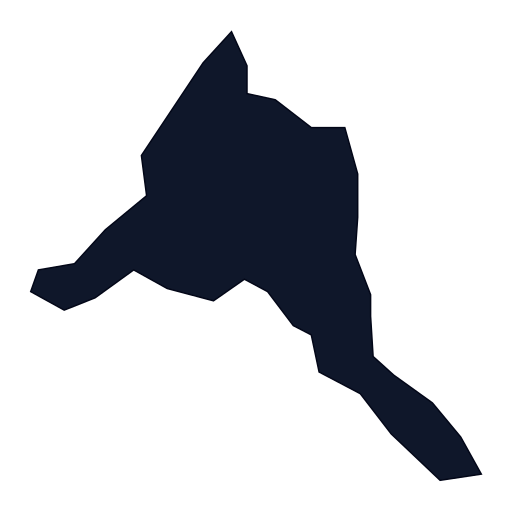 the state/province of Luqa
{"feature_id": "MLT-5964", "entity_name": "Luqa", "entity_type": "state/province", "adm_level": 1, "iso_a3": "MLT", "parent_name": "Malta", "parent_adm1": "", "projection": "robinson", "projection_center": [14.484, 35.851], "detail": "fine", "context": "isolated", "style": "filled", "palette": "ink", "viewbox_px": 512, "rotation_deg": 0, "n_neighbors": 0, "source": "natural_earth", "source_scale": "10m", "svg_char_len": 566}
<svg xmlns="http://www.w3.org/2000/svg" viewBox="0 0 512 512"><path d="M141.4,155.5L203.2,62.7L231.5,31.7L247.0,65.8L247.0,93.6L275.3,99.8L311.3,127.6L344.8,127.6L357.7,174.0L357.7,217.3L355.1,254.5L370.6,294.7L370.6,316.3L373.1,356.5L393.7,375.1L432.4,402.9L460.7,437.0L481.3,474.1L440.1,480.3L391.2,433.9L360.3,393.7L319.1,372.0L311.3,334.9L293.3,325.6L267.6,291.6L244.4,279.2L213.5,300.8L167.2,288.5L133.7,269.9L95.1,297.8L64.2,310.1L30.7,291.6L38.4,269.9L74.5,263.7L105.4,229.7L146.6,195.7L141.4,155.5Z" fill="#0f172a" stroke="#020617" stroke-width="1.5"/></svg>